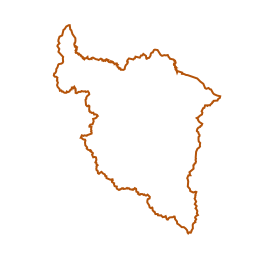 Sadao, Songkhla, Thailand (orthographic projection), rotated 17°
{"feature_id": "78962969B3904218037840", "entity_name": "Sadao", "entity_type": "district", "adm_level": 2, "iso_a3": "THA", "parent_name": "Thailand", "parent_adm1": "Songkhla", "projection": "orthographic", "projection_center": [100.374, 6.658], "detail": "fine", "context": "isolated", "style": "outline", "palette": "amber", "viewbox_px": 256, "rotation_deg": 17, "n_neighbors": 0, "source": "geoboundaries", "source_scale": "gbopen_adm2", "svg_char_len": 5742}
<svg xmlns="http://www.w3.org/2000/svg" viewBox="0 0 256 256"><g transform="rotate(17 128 128)"><path d="M151.5,49.2L147.8,49.5L146.9,48.5L146.1,48.2L144.7,46.6L143.0,47.5L141.4,47.7L139.5,49.0L138.8,48.9L137.6,48.4L133.5,44.8L130.8,45.2L130.0,45.9L129.6,48.5L128.6,49.1L128.2,49.9L128.1,51.0L128.4,52.1L127.9,54.1L127.5,54.9L126.6,55.2L126.1,56.0L125.5,56.4L125.2,56.2L124.1,53.8L121.0,52.7L120.6,54.3L119.3,54.8L118.7,57.3L114.3,57.6L114.2,59.4L113.6,59.7L113.1,60.9L108.6,61.2L107.7,63.3L107.6,64.3L107.8,64.9L108.6,65.0L108.6,66.6L107.5,68.6L107.3,70.7L107.6,72.6L106.7,73.7L104.0,74.4L103.3,73.5L102.0,73.9L101.5,73.4L102.1,73.0L100.2,72.6L99.7,71.5L99.2,71.5L99.6,70.6L98.7,70.5L98.5,69.6L97.8,69.7L96.6,70.7L96.5,70.2L95.3,70.2L94.5,69.4L93.7,69.9L93.3,69.7L93.2,69.1L92.6,69.1L93.0,69.7L92.2,70.3L90.5,70.5L89.6,70.0L89.8,69.6L89.4,69.1L88.6,69.2L88.4,68.9L88.7,68.7L87.3,68.5L86.3,69.6L86.9,69.9L86.8,70.4L85.9,70.3L85.1,71.0L83.9,70.2L83.6,70.8L82.8,69.9L81.8,69.6L80.0,71.6L78.8,71.4L77.1,71.6L73.9,70.9L72.9,71.6L73.0,72.6L72.2,72.5L71.4,73.4L70.0,73.6L69.2,73.2L68.5,71.9L67.2,73.9L66.1,74.0L66.0,75.1L64.3,74.5L64.1,73.4L62.7,73.3L62.4,72.7L61.7,72.8L61.3,72.0L60.5,72.0L59.4,71.3L59.1,72.1L57.2,70.9L56.3,71.4L55.8,71.0L55.7,69.3L55.3,69.1L56.0,68.2L55.3,67.7L55.7,66.5L54.4,66.1L55.1,65.4L53.8,64.9L53.0,65.1L52.1,63.6L52.1,62.3L52.5,62.0L52.3,60.1L51.4,57.5L47.5,54.5L45.2,51.1L44.0,50.6L42.2,46.7L41.3,47.0L39.3,49.0L38.5,51.9L37.6,53.1L38.0,58.7L35.8,60.7L35.7,63.8L36.0,65.4L37.7,67.1L36.6,69.1L36.5,70.3L39.2,72.5L39.2,75.5L45.2,79.0L45.3,80.4L46.6,83.6L46.4,84.8L45.5,85.9L43.2,87.1L42.8,87.8L42.8,90.6L42.2,92.6L42.7,94.4L42.6,96.0L42.2,97.0L41.5,97.5L41.7,99.5L42.9,100.3L44.6,100.0L45.8,100.5L45.8,101.9L46.4,102.7L46.2,103.5L47.7,105.1L47.6,107.7L48.7,109.2L51.2,110.8L52.0,112.3L53.3,111.6L54.3,112.5L55.0,112.1L56.1,112.7L57.4,112.8L58.7,112.3L58.8,111.0L60.0,111.3L61.3,110.2L61.8,108.2L62.3,107.6L62.8,107.6L62.9,106.5L62.5,105.7L63.5,105.2L64.3,105.7L64.6,104.3L66.6,106.1L66.5,107.0L67.0,107.3L67.6,109.7L68.2,109.8L68.8,109.7L70.2,107.9L72.2,107.3L72.7,106.3L74.7,106.1L76.5,105.4L77.2,105.9L78.9,104.6L80.5,105.9L81.1,107.2L79.5,109.7L79.2,111.4L79.6,112.2L79.1,113.4L81.1,118.2L82.5,119.1L83.1,119.0L83.9,118.0L84.7,118.4L85.5,121.8L86.2,122.6L86.0,123.1L87.3,124.0L88.3,123.8L89.0,124.2L90.4,123.5L91.7,125.0L92.9,124.4L94.5,124.5L95.5,125.3L95.0,125.7L94.9,127.1L93.9,128.3L92.0,129.5L93.2,131.7L93.0,134.8L91.0,135.8L90.5,137.2L90.7,138.0L92.7,137.6L93.1,140.2L93.9,141.3L93.6,142.0L94.6,143.0L94.8,144.0L90.7,147.1L90.7,147.5L88.4,147.8L87.7,148.6L86.0,148.5L85.7,151.1L86.5,150.9L87.4,151.6L88.8,152.0L90.3,151.7L90.9,152.3L91.1,154.4L92.3,157.1L94.5,158.4L94.5,159.7L95.9,160.4L97.9,160.5L98.6,160.1L99.4,160.7L99.1,161.3L101.6,162.1L101.9,162.9L101.4,164.0L103.3,166.2L104.6,165.4L106.0,165.5L107.1,167.7L106.9,170.4L107.8,170.4L108.2,171.6L109.8,172.4L109.0,173.8L109.4,174.4L109.6,176.3L110.4,177.6L111.3,177.7L111.7,178.1L112.5,180.0L113.6,180.3L114.7,178.5L115.5,177.7L117.1,178.7L119.4,179.2L120.4,180.7L121.4,180.4L122.1,182.2L126.1,182.6L128.2,181.6L128.7,182.5L128.1,183.5L128.6,184.4L130.9,184.9L131.1,186.0L132.2,187.5L134.4,187.3L134.4,188.1L135.0,189.2L137.5,189.9L138.4,189.2L138.4,188.8L139.1,188.5L139.7,187.5L140.7,187.1L140.9,187.6L141.6,187.6L143.8,186.6L144.6,185.6L145.6,186.0L146.2,185.4L146.9,185.4L147.6,186.0L150.8,185.7L150.9,184.9L151.7,184.7L152.1,183.5L153.5,183.8L154.6,186.4L156.7,186.6L157.0,187.2L156.8,188.0L158.2,188.5L158.9,188.4L159.3,187.5L161.0,187.0L162.5,187.4L162.9,186.8L164.4,187.4L165.3,187.2L166.2,186.0L169.0,187.5L169.2,189.1L167.7,190.3L167.8,192.2L168.3,193.6L170.9,195.8L171.9,197.6L173.3,197.9L174.4,197.0L174.7,197.2L175.6,199.4L177.1,200.4L177.9,200.3L179.4,202.3L181.6,201.6L182.2,202.7L184.6,202.2L185.1,201.8L187.3,203.1L187.9,202.6L188.5,202.6L189.8,201.3L191.6,203.7L192.3,204.1L192.9,203.9L193.3,202.3L194.2,201.2L197.0,200.2L197.8,199.2L198.5,199.1L199.8,201.5L202.1,203.0L203.0,205.0L205.2,205.6L208.4,207.1L210.4,206.5L212.3,207.2L214.5,208.6L215.5,210.6L216.4,211.2L217.1,209.8L218.6,209.8L218.9,208.4L218.7,207.7L219.4,205.1L218.2,201.7L218.4,200.2L220.0,198.2L219.3,197.4L219.9,195.3L218.4,194.2L218.3,193.7L219.0,192.0L220.3,190.8L218.8,189.5L218.6,187.2L217.0,185.5L216.1,185.2L216.5,182.6L214.1,181.3L214.7,178.5L212.3,176.0L212.6,174.7L212.1,173.0L212.3,172.4L211.9,171.9L212.1,169.2L211.4,169.1L209.2,170.6L206.0,170.1L204.9,168.1L202.3,166.5L201.2,161.5L200.1,159.5L199.3,158.7L199.6,155.7L201.4,155.0L200.6,154.3L200.3,153.1L199.7,152.3L202.6,147.8L201.4,144.5L202.1,143.6L202.0,142.6L202.8,141.7L202.8,140.1L201.9,138.8L202.0,137.5L201.5,137.0L200.1,130.8L200.5,127.5L201.7,126.0L202.3,124.6L201.7,123.3L201.4,121.2L199.6,120.2L198.8,118.4L198.1,116.0L198.7,114.9L198.5,113.8L197.1,112.7L196.4,111.4L194.8,110.9L194.6,110.4L194.6,108.5L195.2,107.1L196.7,105.8L196.7,105.0L197.6,104.2L197.8,102.3L194.5,101.4L192.8,100.1L192.5,99.1L190.8,98.4L192.3,96.9L192.9,95.6L194.8,93.4L194.6,91.4L193.5,90.5L194.1,87.0L195.1,86.4L195.1,83.8L196.2,83.4L197.5,83.6L197.7,82.9L199.9,82.3L199.9,81.6L201.2,79.6L201.1,78.8L201.8,78.1L201.9,77.0L205.5,75.6L205.8,73.8L207.0,72.4L206.9,70.7L203.8,70.9L200.4,70.5L199.0,69.7L196.2,66.9L195.0,67.0L193.3,66.2L191.4,67.6L190.1,67.3L187.1,63.7L183.7,62.5L179.8,60.4L169.6,60.0L168.0,60.3L165.7,60.0L163.8,60.4L163.7,59.2L158.8,59.1L158.7,60.5L157.7,59.0L157.6,58.3L157.0,57.9L156.5,58.2L156.2,57.9L156.3,57.2L155.8,56.8L156.5,56.3L155.4,56.0L155.5,55.6L155.1,55.6L155.0,55.0L154.4,54.4L153.7,54.4L153.3,53.8L153.2,52.9L154.0,52.6L154.0,52.3L154.3,52.5L154.5,51.8L154.3,51.2L153.6,50.7L153.8,50.7L153.4,50.0L152.6,50.1L152.5,49.6L151.5,49.2Z" fill="none" stroke="#b45309" stroke-width="2"/></g></svg>